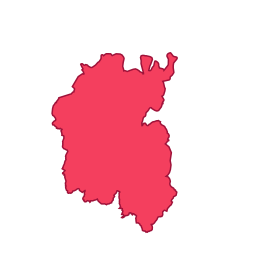 outline of Ra, Western, Fiji, rotated 30°
{"feature_id": "14151628B53541640625043", "entity_name": "Ra", "entity_type": "district", "adm_level": 2, "iso_a3": "FJI", "parent_name": "Fiji", "parent_adm1": "Western", "projection": "equal_earth", "projection_center": [178.211, -17.485], "detail": "fine", "context": "isolated", "style": "filled", "palette": "rose", "viewbox_px": 256, "rotation_deg": 30, "n_neighbors": 0, "source": "geoboundaries", "source_scale": "gbopen_adm2", "svg_char_len": 5884}
<svg xmlns="http://www.w3.org/2000/svg" viewBox="0 0 256 256"><g transform="rotate(30 128 128)"><path d="M74.4,167.4L75.7,167.0L76.3,167.0L76.6,167.3L77.6,168.9L78.2,172.5L78.7,172.9L79.5,174.5L80.1,175.3L80.3,176.4L80.9,177.2L82.6,178.0L83.6,177.8L85.5,177.8L86.6,177.6L87.6,178.5L87.7,182.0L88.1,183.8L88.7,184.2L89.4,185.7L90.0,186.2L90.1,187.2L90.0,187.9L90.2,188.3L90.2,189.2L90.8,190.5L91.0,193.2L91.3,194.0L91.2,194.7L91.6,195.1L91.4,196.2L94.7,196.3L94.8,196.4L94.4,197.8L94.3,198.8L93.9,199.4L94.0,199.9L94.8,200.3L95.4,199.9L96.2,199.9L96.4,200.2L96.3,200.9L97.4,201.2L98.0,202.4L100.8,204.9L101.2,205.9L101.3,207.1L101.8,207.5L102.9,209.4L103.3,209.3L103.8,210.8L104.3,211.3L105.9,212.7L107.1,212.6L107.7,213.9L108.4,214.3L109.0,214.3L110.2,213.3L111.1,213.1L111.8,211.8L111.9,209.9L112.6,209.5L113.8,207.9L114.6,206.0L115.2,205.4L115.9,205.2L116.4,205.3L117.2,206.3L120.6,206.6L122.0,203.7L122.3,203.9L122.4,205.3L122.8,206.3L123.6,207.1L123.8,208.3L124.2,208.8L123.9,210.3L124.1,211.6L124.8,212.4L126.0,212.5L126.0,213.0L127.3,213.5L128.4,213.0L128.8,212.3L129.0,211.5L129.4,211.1L130.7,210.8L131.6,210.9L132.1,211.3L132.3,210.8L131.8,210.3L131.8,209.9L132.3,209.8L132.8,209.2L133.9,208.7L135.0,207.3L136.2,206.2L137.0,204.9L138.8,206.2L142.8,207.0L144.6,206.1L145.5,205.4L147.8,205.1L147.8,204.8L148.1,204.2L149.6,203.1L149.9,202.4L151.2,200.9L150.9,200.3L150.9,199.9L150.9,198.7L151.2,198.1L150.8,197.0L150.3,196.2L150.6,194.0L149.4,193.3L150.3,190.0L149.9,187.9L150.1,187.7L152.6,187.3L153.0,187.8L152.8,188.6L153.0,189.1L154.2,190.9L154.5,191.9L155.6,193.4L156.3,193.9L157.3,196.0L157.7,196.4L158.2,197.7L159.5,198.6L161.3,200.4L160.8,200.7L160.9,201.2L160.7,201.9L163.4,200.7L163.7,201.1L163.9,202.2L164.7,202.2L165.3,203.0L165.7,206.0L165.8,206.0L166.1,205.5L167.0,205.2L167.8,205.6L167.9,206.4L167.4,208.1L167.3,208.7L168.3,208.4L169.3,206.6L169.5,205.2L170.9,204.3L171.6,203.4L172.0,202.7L171.6,201.0L172.8,200.0L173.5,200.6L174.0,200.5L175.1,201.0L175.2,199.9L175.1,199.7L175.9,199.4L176.2,199.4L176.8,199.9L177.7,199.5L179.3,199.9L180.0,202.6L181.0,203.6L181.2,204.2L182.7,206.0L184.3,205.1L186.2,205.3L187.0,206.0L188.6,206.3L189.1,207.0L190.5,208.0L191.8,209.5L193.5,209.2L194.2,208.7L195.7,209.2L195.9,208.8L196.9,208.5L197.1,207.4L197.9,207.1L198.6,205.9L199.2,205.4L199.6,204.6L199.7,203.8L198.8,201.9L197.8,200.7L196.5,200.2L196.3,199.9L197.6,198.9L198.3,197.1L198.5,194.4L198.7,194.0L198.8,192.7L198.5,190.3L199.2,189.3L200.7,188.5L200.8,188.0L201.5,187.7L201.6,187.4L201.5,185.8L200.4,184.1L200.0,183.3L200.1,182.7L200.3,181.6L200.7,181.0L203.2,180.6L202.5,178.0L203.2,174.4L203.6,173.5L203.8,172.8L203.5,170.0L202.3,169.9L201.8,169.1L201.8,167.8L202.2,166.0L201.8,164.6L202.6,163.6L203.3,162.2L202.3,159.1L200.7,158.7L200.2,158.1L199.9,158.0L199.2,158.3L198.9,158.2L198.0,157.5L197.4,157.3L195.0,157.3L193.9,156.9L192.8,156.2L192.1,155.5L191.3,153.0L189.7,151.4L187.9,150.5L187.0,150.3L185.2,150.8L186.0,148.8L186.2,145.9L185.5,142.8L183.7,138.5L180.8,135.1L177.9,127.7L172.8,123.8L168.3,123.1L168.7,121.5L168.8,119.7L169.6,118.6L169.4,118.1L168.0,117.9L167.8,116.8L168.0,115.9L167.9,115.1L167.3,113.8L165.9,112.9L164.5,112.7L164.0,111.7L161.8,109.9L160.8,109.6L159.2,108.5L158.2,108.3L155.2,108.4L153.5,107.6L153.0,106.8L153.0,106.4L150.5,106.4L150.4,106.7L149.1,107.5L147.7,109.2L146.5,110.2L145.7,111.6L145.0,113.7L144.5,114.2L144.2,115.8L143.6,116.2L142.6,116.2L142.4,116.0L141.1,115.4L140.6,115.3L140.5,115.7L139.6,115.7L139.1,116.4L139.3,118.6L138.9,118.9L137.4,116.7L137.1,114.7L136.2,111.7L136.3,110.5L137.0,109.3L137.1,108.8L136.9,107.9L136.1,106.2L136.1,104.9L136.5,104.1L136.8,101.9L136.7,101.2L136.9,99.7L137.5,99.0L138.0,98.8L139.0,99.2L142.3,99.3L144.0,99.0L144.8,98.6L145.8,97.5L146.3,93.2L146.1,91.9L145.4,89.7L146.0,89.6L146.0,89.2L145.8,88.8L145.1,88.3L145.1,87.3L145.3,87.0L145.2,86.0L144.9,85.5L141.5,83.5L142.0,82.7L142.3,81.5L141.4,77.5L140.5,75.3L139.3,74.5L135.9,70.8L134.8,70.2L139.6,65.8L139.8,65.4L139.9,64.4L139.1,62.9L139.1,62.2L139.5,61.2L139.9,59.9L140.0,57.5L139.9,56.9L137.1,53.3L135.9,51.2L135.0,48.8L135.8,44.2L135.7,43.1L135.3,42.5L134.7,42.3L131.7,43.2L130.8,43.0L127.7,41.7L127.0,41.7L126.1,42.7L125.5,43.7L125.3,44.8L125.5,45.7L126.0,46.5L128.6,48.2L131.0,52.6L131.2,53.2L131.2,54.4L130.3,60.1L129.8,59.6L128.7,59.3L125.3,60.3L123.4,58.7L122.6,57.3L121.7,56.6L120.5,56.2L118.6,56.1L117.9,56.6L118.1,57.7L119.1,60.9L119.2,61.8L118.9,62.6L118.8,64.4L119.0,65.4L118.9,66.5L118.4,67.4L117.2,67.8L115.9,63.2L115.8,61.6L114.9,56.5L113.9,55.4L113.3,55.1L111.3,55.2L107.8,56.3L106.7,56.9L105.4,57.2L104.1,58.0L103.3,58.9L103.6,60.7L105.8,63.2L107.2,65.8L113.8,72.5L114.3,73.3L113.9,73.6L113.4,73.0L109.7,73.3L109.1,72.9L106.6,72.8L104.9,73.1L103.1,74.6L99.0,79.5L97.8,79.6L96.2,80.1L95.7,80.6L95.1,79.7L92.6,77.3L91.1,73.7L89.9,69.9L88.9,68.9L86.4,67.8L84.2,67.9L80.6,69.7L78.1,73.2L75.9,72.4L72.0,74.6L71.4,75.7L70.8,77.5L70.4,77.3L69.4,77.3L68.5,78.0L68.6,78.9L69.9,81.2L70.0,82.8L69.8,85.0L69.1,86.3L68.4,89.8L66.6,93.5L65.6,94.2L62.8,94.3L61.4,93.8L61.0,93.9L59.8,94.2L59.5,94.4L59.3,95.0L58.6,95.6L56.4,95.2L55.4,95.8L55.2,96.4L56.1,97.2L59.4,99.3L59.4,100.1L59.0,100.6L59.1,100.8L59.8,100.9L61.7,101.9L62.1,103.1L62.7,103.0L62.8,103.1L62.4,103.6L61.6,103.8L61.3,104.1L59.2,108.4L59.1,120.0L61.9,120.6L62.5,121.6L62.5,122.4L63.1,123.7L62.3,124.5L62.1,125.1L61.9,126.7L53.0,136.4L53.4,137.2L53.2,137.8L53.2,139.3L53.0,140.0L52.8,141.0L53.3,141.8L52.5,142.4L52.5,144.3L52.2,145.9L52.4,146.8L53.0,148.9L55.0,153.4L56.5,154.7L57.8,154.7L60.2,155.7L61.3,156.9L61.4,157.2L61.3,157.9L60.5,159.2L60.1,161.3L60.3,161.9L61.2,162.9L62.6,162.4L63.9,162.9L65.9,163.1L66.1,163.3L66.2,163.9L66.4,163.9L67.2,163.6L67.6,163.7L68.1,163.2L68.8,163.2L69.2,162.9L69.4,162.3L70.0,162.5L71.3,162.1L71.6,162.2L71.4,164.0L72.0,164.2L72.1,164.6L72.9,165.2L73.9,166.4L74.4,167.4Z" fill="#f43f5e" stroke="#9f1239" stroke-width="1.5"/></g></svg>